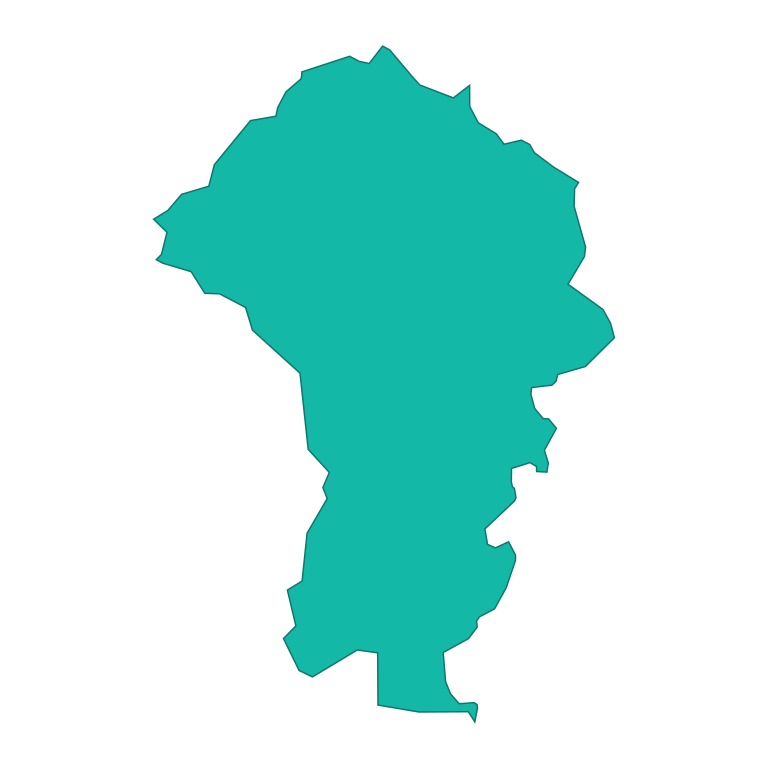 the district of Anne Arundel, Maryland, United States of America
{"feature_id": "52423323B67559228618519", "entity_name": "Anne Arundel", "entity_type": "district", "adm_level": 2, "iso_a3": "USA", "parent_name": "United States of America", "parent_adm1": "Maryland", "projection": "natural_earth1", "projection_center": [-76.564, 38.975], "detail": "fine", "context": "isolated", "style": "filled", "palette": "teal", "viewbox_px": 768, "rotation_deg": 0, "n_neighbors": 0, "source": "geoboundaries", "source_scale": "gbopen_adm2", "svg_char_len": 1628}
<svg xmlns="http://www.w3.org/2000/svg" viewBox="0 0 768 768"><path d="M301.6,76.1L301.1,78.8L286.0,91.8L277.7,107.6L275.9,116.2L250.5,120.6L214.4,164.6L208.8,186.2L181.6,194.3L167.8,210.5L153.6,219.2L167.0,232.3L161.5,254.3L156.3,259.7L162.8,263.2L191.2,271.7L204.8,293.3L219.5,293.8L245.6,307.5L252.5,330.2L300.0,373.2L308.2,449.4L329.3,472.4L322.9,487.6L327.2,498.6L307.1,533.2L302.1,581.0L287.4,590.1L295.9,625.9L283.5,638.5L299.1,670.5L312.4,676.9L357.2,650.0L377.7,652.8L378.0,705.1L419.0,712.0L468.3,711.7L474.8,721.9L477.5,707.9L477.0,704.5L474.2,702.7L459.1,703.7L450.5,693.8L445.6,681.7L443.2,652.5L468.5,638.6L477.2,627.1L476.6,620.9L479.5,616.8L494.6,608.8L506.2,587.8L515.5,560.4L515.5,555.1L508.6,541.8L495.4,547.9L487.9,544.5L487.5,544.3L484.9,528.9L493.5,520.8L514.6,500.9L516.0,497.6L514.4,488.4L512.5,487.0L511.3,481.8L511.4,476.9L511.5,468.4L515.5,467.2L530.0,462.6L536.5,466.5L536.6,471.5L540.9,471.8L546.9,472.1L548.3,462.9L544.4,450.3L556.4,428.3L548.6,418.9L543.1,418.6L534.7,408.4L530.9,394.5L531.6,387.6L539.6,386.6L551.9,385.2L555.0,382.3L556.1,381.2L557.7,374.5L580.1,368.0L585.4,366.5L614.4,337.7L610.5,323.1L603.0,309.5L568.0,284.2L574.8,272.8L584.4,256.6L585.6,247.2L585.4,246.4L583.8,240.8L574.1,206.3L574.6,188.8L578.6,182.4L576.2,181.0L566.8,175.2L553.7,167.2L534.4,152.7L529.7,144.5L521.6,140.3L521.4,140.2L504.4,144.1L504.0,144.2L496.3,133.8L492.7,131.6L485.0,126.9L478.3,122.8L469.7,106.4L469.6,85.4L453.3,97.9L425.2,87.1L422.1,85.8L419.9,85.1L412.9,77.4L389.7,49.9L382.6,46.1L369.2,63.5L359.0,61.3L349.6,56.3L301.9,71.9L301.6,76.1Z" fill="#14b8a6" stroke="#0f766e" stroke-width="1.5"/></svg>